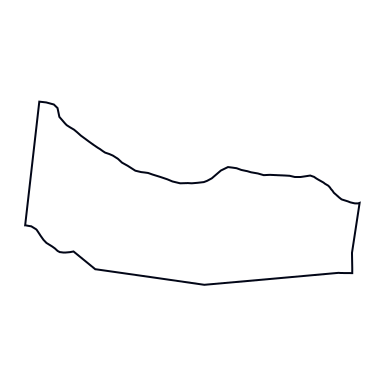 the district of Fond Berange, Laborie, Saint Lucia, rotated 89°
{"feature_id": "8701671B1991093639025", "entity_name": "Fond Berange", "entity_type": "district", "adm_level": 2, "iso_a3": "LCA", "parent_name": "Saint Lucia", "parent_adm1": "Laborie", "projection": "equal_earth", "projection_center": [-61.005, 13.783], "detail": "fine", "context": "isolated", "style": "outline", "palette": "ink", "viewbox_px": 384, "rotation_deg": 89, "n_neighbors": 0, "source": "geoboundaries", "source_scale": "gbopen_adm2", "svg_char_len": 1450}
<svg xmlns="http://www.w3.org/2000/svg" viewBox="0 0 384 384"><g transform="rotate(89 192 192)"><path d="M172.1,136.5L171.8,138.0L170.8,142.3L169.0,147.0L168.3,151.3L167.7,155.6L171.0,162.7L178.7,172.0L181.1,176.7L182.3,180.0L182.9,186.2L183.3,192.2L183.0,195.9L183.1,203.7L181.1,211.4L178.9,216.4L176.4,223.4L173.9,231.0L172.2,235.6L171.6,239.5L171.2,242.5L169.7,248.3L164.7,255.8L161.4,261.5L157.6,265.4L154.2,270.5L152.6,274.0L151.1,278.2L149.4,280.7L147.5,283.2L146.2,285.3L143.1,289.7L139.6,294.4L133.7,302.1L130.1,306.0L127.6,308.9L125.2,312.8L123.0,316.1L121.3,317.7L114.6,323.3L105.7,325.0L104.4,326.3L102.1,328.6L99.9,336.2L99.0,343.1L222.4,359.4L222.4,359.0L222.9,356.7L223.3,354.6L223.5,353.3L226.5,348.6L227.2,347.9L232.2,344.7L232.6,344.5L237.3,341.3L237.6,341.0L240.4,338.4L244.0,332.8L246.0,330.1L248.6,327.4L249.8,325.2L249.9,324.2L250.3,321.6L250.3,319.3L250.0,315.1L249.4,311.5L267.6,290.0L267.6,289.4L276.8,232.0L285.0,181.3L280.8,122.0L275.4,47.0L275.6,44.5L275.9,33.2L271.2,33.1L255.6,33.1L221.7,27.3L205.8,24.6L206.3,26.1L206.3,26.4L206.2,29.5L205.8,31.2L205.1,33.9L204.1,36.3L202.2,42.0L201.9,42.7L200.0,45.0L195.2,50.2L193.2,51.5L191.2,53.2L190.0,53.9L188.1,55.6L186.0,59.0L184.9,60.3L181.9,65.4L180.6,67.5L179.0,69.7L178.5,71.1L177.6,73.5L178.3,78.5L178.9,83.2L178.8,88.9L177.5,94.1L177.1,99.4L176.8,104.4L176.2,113.9L176.4,120.0L174.6,125.9L173.3,132.7L172.1,136.5Z" fill="none" stroke="#020617" stroke-width="2"/></g></svg>